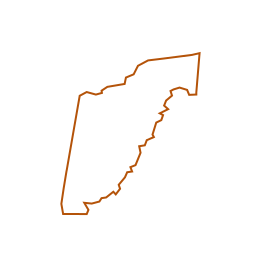 Orange, Virginia, United States of America (orthographic projection), rotated 149°
{"feature_id": "52423323B91365123508862", "entity_name": "Orange", "entity_type": "district", "adm_level": 2, "iso_a3": "USA", "parent_name": "United States of America", "parent_adm1": "Virginia", "projection": "orthographic", "projection_center": [-78.039, 38.256], "detail": "fine", "context": "isolated", "style": "outline", "palette": "amber", "viewbox_px": 256, "rotation_deg": 149, "n_neighbors": 0, "source": "geoboundaries", "source_scale": "gbopen_adm2", "svg_char_len": 812}
<svg xmlns="http://www.w3.org/2000/svg" viewBox="0 0 256 256"><g transform="rotate(149 128 128)"><path d="M110.5,106.9L110.4,109.7L101.0,118.1L95.4,117.6L91.3,121.0L93.2,124.2L83.9,123.5L85.5,128.6L81.2,131.9L73.6,133.1L72.5,137.8L69.1,137.6L63.0,136.1L57.7,130.2L58.5,124.9L52.2,121.5L51.2,123.2L28.1,155.3L35.5,157.7L61.7,169.2L76.0,175.6L87.4,176.2L95.5,171.1L103.8,172.3L108.2,167.5L124.5,173.9L131.4,173.6L132.3,171.5L138.3,173.2L144.9,180.1L152.8,180.5L202.0,123.7L203.1,122.5L214.4,109.2L224.2,97.3L227.9,87.7L207.7,75.5L204.1,78.2L204.0,86.4L198.0,81.9L190.4,79.7L186.8,81.5L182.5,79.7L173.4,80.9L172.7,77.4L166.1,80.0L165.2,84.1L156.0,87.3L151.5,90.5L146.9,88.6L146.1,93.2L140.7,92.3L130.0,100.3L127.8,106.6L122.5,104.5L118.2,107.9L110.5,106.9Z" fill="none" stroke="#b45309" stroke-width="2"/></g></svg>